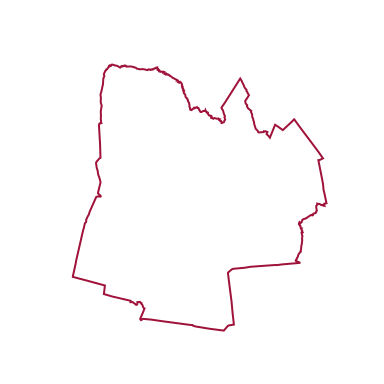 Beidaud, Tulcea, Romania, rotated 347°
{"feature_id": "2599482B84970171586181", "entity_name": "Beidaud", "entity_type": "district", "adm_level": 2, "iso_a3": "ROU", "parent_name": "Romania", "parent_adm1": "Tulcea", "projection": "mercator", "projection_center": [28.531, 44.703], "detail": "fine", "context": "isolated", "style": "outline", "palette": "rose", "viewbox_px": 384, "rotation_deg": 347, "n_neighbors": 0, "source": "geoboundaries", "source_scale": "gbopen_adm2", "svg_char_len": 5947}
<svg xmlns="http://www.w3.org/2000/svg" viewBox="0 0 384 384"><g transform="rotate(347 192 192)"><path d="M263.5,282.8L281.6,285.4L277.6,282.4L277.6,282.1L278.5,281.1L279.0,280.8L279.4,280.0L279.9,279.6L280.7,278.7L281.0,277.9L282.2,276.2L283.2,275.6L283.5,275.0L284.6,274.6L284.8,273.4L285.2,272.8L286.5,268.8L287.4,267.2L287.9,265.4L288.6,263.7L288.7,262.1L289.6,260.0L289.7,259.4L289.5,258.8L289.6,257.8L289.6,256.3L290.4,256.3L290.3,255.8L290.6,255.8L290.3,255.2L290.6,254.7L290.7,254.2L290.3,253.6L290.1,252.7L290.6,252.2L290.0,252.0L289.8,251.3L289.8,250.8L290.0,250.4L289.7,249.4L289.9,249.3L289.9,249.1L289.6,248.5L289.0,247.8L289.1,246.8L289.6,245.9L290.0,245.6L290.2,246.4L290.6,246.8L292.2,245.9L292.3,245.4L292.9,244.8L293.1,244.1L293.9,243.7L294.6,243.6L295.2,243.4L296.1,243.5L296.9,243.2L297.7,243.3L298.4,242.8L302.9,241.1L303.5,241.2L303.8,241.8L304.3,241.9L304.7,241.7L305.0,240.9L305.4,240.4L307.7,240.3L308.3,239.4L308.5,239.4L308.6,238.9L309.5,238.2L309.5,235.6L309.8,233.7L311.1,232.6L311.4,231.5L312.4,232.2L313.2,232.1L314.2,232.9L314.7,233.6L315.6,233.8L316.0,234.3L316.8,234.0L316.9,234.6L317.2,235.0L317.6,234.8L318.0,235.1L318.0,234.6L318.4,233.2L320.5,233.2L320.7,224.1L320.7,220.4L320.6,220.1L321.5,213.2L322.3,189.4L323.7,189.5L327.2,188.7L323.8,180.3L312.3,154.4L308.3,145.1L308.1,144.2L307.9,144.1L304.9,146.1L294.4,152.1L289.9,147.0L288.1,145.2L280.1,156.6L279.2,154.6L277.7,152.4L279.0,150.6L277.3,149.3L276.8,149.5L275.7,149.0L275.3,149.7L270.4,149.0L270.0,148.6L269.8,147.2L269.0,145.8L268.3,144.8L267.9,139.4L268.2,137.8L267.9,136.1L268.1,134.3L267.6,133.0L268.0,129.4L267.4,127.2L268.0,126.3L265.5,123.2L264.8,120.7L265.3,119.8L264.5,118.4L264.2,117.5L264.3,115.3L267.1,112.7L269.3,110.4L268.4,107.8L268.3,106.7L267.8,105.9L268.1,104.7L266.8,102.2L266.2,98.5L265.8,97.1L265.3,94.6L264.5,92.3L244.2,112.3L239.7,116.4L240.0,118.1L240.5,119.3L240.6,120.2L240.6,122.2L241.1,125.7L240.4,126.6L240.7,128.6L240.6,128.9L239.6,129.8L239.2,130.7L239.0,131.0L236.8,131.5L236.3,131.4L236.4,130.6L236.6,130.3L236.5,130.0L236.1,129.7L236.3,129.6L236.1,129.0L235.4,128.7L235.3,128.1L234.5,127.8L234.5,127.6L234.9,127.3L234.5,127.2L234.6,126.7L234.3,126.3L232.9,126.3L230.6,125.0L229.2,125.4L228.9,124.8L228.2,124.0L227.9,124.0L227.9,124.4L227.4,124.1L227.8,123.6L227.6,123.3L228.1,123.1L228.0,122.3L226.5,121.3L226.0,121.4L225.7,121.1L225.1,119.2L225.4,118.2L224.9,117.8L224.5,118.1L224.2,118.0L224.0,117.4L224.1,117.0L223.8,116.5L223.5,115.2L223.1,115.9L222.8,116.0L221.1,115.6L219.2,116.2L218.3,115.9L217.9,115.1L217.9,114.4L217.5,113.8L217.6,113.5L217.1,111.6L216.2,111.3L216.0,111.1L215.9,110.5L215.2,110.8L213.9,110.4L213.7,110.5L213.0,110.4L212.9,110.6L213.0,111.0L211.9,111.0L211.4,111.4L210.4,111.6L210.0,112.1L209.0,111.6L208.7,110.5L209.0,109.9L209.0,109.3L208.7,108.6L208.7,107.8L209.0,107.4L209.1,106.8L209.1,104.0L208.6,103.1L208.6,101.1L208.2,100.3L208.4,99.8L207.8,99.1L207.1,97.8L207.3,96.5L207.1,95.1L206.8,94.8L206.8,94.4L206.3,93.9L206.4,92.8L206.8,92.4L206.4,91.7L206.2,91.0L206.9,90.8L206.5,90.2L206.6,89.1L205.9,88.3L206.0,87.9L206.5,87.5L206.1,86.9L206.4,86.6L206.2,86.3L206.1,85.8L206.5,84.8L206.3,84.4L206.2,83.5L205.7,82.7L205.2,82.7L205.1,82.2L204.6,82.4L204.7,82.0L203.5,81.8L203.9,81.4L203.4,80.3L203.0,79.9L202.3,80.0L202.5,79.5L202.1,79.3L201.6,78.5L200.9,78.2L199.9,77.1L198.8,76.4L197.8,74.9L196.4,73.7L196.4,73.3L195.8,72.9L195.7,72.5L195.1,72.3L194.8,71.8L194.2,72.0L193.8,71.8L193.4,71.8L193.4,71.2L192.9,71.5L192.0,70.9L192.3,70.6L192.2,70.2L191.6,69.7L191.6,69.4L192.0,69.6L192.3,69.3L192.3,69.0L191.2,68.6L190.9,68.2L190.7,68.3L190.7,68.7L190.4,68.9L190.3,68.4L189.3,67.8L188.2,67.8L187.8,67.5L187.8,67.0L187.1,66.9L187.4,65.9L187.2,65.8L187.0,65.3L186.4,65.7L186.2,65.5L186.7,65.2L186.3,64.9L186.1,64.5L186.3,64.1L185.3,63.6L185.7,63.4L186.0,62.8L184.8,62.8L184.4,63.1L182.8,63.2L182.3,63.6L181.8,63.5L181.7,63.7L181.3,63.5L180.7,63.6L180.5,63.8L179.9,63.4L179.6,63.7L179.1,63.8L178.2,63.1L177.2,62.7L176.3,63.2L175.9,63.2L172.2,61.3L168.3,60.6L167.9,60.2L166.0,59.4L165.2,58.3L164.7,58.1L163.9,57.4L163.1,57.3L162.6,56.7L161.6,56.4L160.7,55.9L159.0,55.6L158.0,55.3L156.7,55.2L156.0,54.8L156.0,54.3L155.4,54.2L155.1,53.6L153.8,54.0L153.5,53.6L152.7,53.8L152.1,53.5L151.8,54.0L151.2,53.7L150.1,54.6L149.8,54.5L147.9,52.6L146.2,51.6L145.1,51.3L144.4,50.6L142.7,49.8L141.9,50.1L141.7,50.7L141.0,51.0L140.7,50.9L140.7,50.4L140.5,50.1L139.6,50.3L139.2,51.4L138.9,51.6L138.3,51.8L138.0,52.3L136.7,53.3L136.0,53.3L135.6,54.1L134.8,54.4L134.3,55.2L133.7,55.8L132.9,57.0L132.5,57.6L132.7,58.5L132.6,59.5L131.7,60.5L131.0,61.9L129.4,67.2L128.9,68.3L128.7,68.5L126.6,73.1L124.7,76.6L124.5,79.4L123.4,83.3L123.2,84.7L123.4,86.8L123.3,88.1L122.6,89.4L121.9,91.4L121.4,92.4L121.0,94.1L120.3,97.9L119.7,99.5L119.2,103.1L119.2,104.5L117.3,104.4L117.0,104.7L116.8,105.5L116.4,105.8L113.0,125.7L110.5,138.1L109.4,138.4L106.1,140.8L105.3,141.6L105.0,142.2L104.6,147.0L104.9,150.4L104.6,152.0L104.6,155.0L104.9,156.2L105.1,161.0L104.9,162.4L100.6,170.8L100.1,172.2L101.3,174.1L102.1,175.0L102.1,175.7L101.9,175.9L99.4,175.2L97.9,175.2L97.5,175.4L88.3,187.6L87.2,189.2L86.8,190.3L84.4,192.9L82.5,195.5L82.4,196.8L82.0,197.5L80.6,198.4L80.4,198.8L78.6,202.6L77.3,204.8L63.5,233.2L62.7,235.3L57.1,247.0L56.8,247.9L86.1,263.5L83.2,271.6L90.6,275.8L107.7,284.2L107.3,285.5L109.4,285.9L110.2,287.0L111.1,287.8L112.0,289.3L112.5,289.5L112.8,289.5L113.5,288.9L114.0,287.0L116.6,287.4L117.0,288.6L117.8,288.9L117.6,289.7L117.7,290.1L118.2,290.7L118.6,293.6L119.0,294.5L119.5,294.8L117.7,297.5L113.0,303.9L113.0,304.5L113.5,305.4L114.4,305.2L115.1,304.6L115.8,304.6L123.7,307.2L135.0,311.6L159.5,320.8L162.8,321.9L163.1,322.7L165.4,323.9L178.1,329.1L191.8,334.2L196.9,330.5L197.4,330.3L203.0,330.6L204.2,320.0L205.9,307.5L207.7,289.5L208.8,279.0L209.1,278.5L213.5,276.3L214.8,276.1L226.6,277.7L232.1,278.0L249.4,280.7L256.9,281.9L258.1,282.3L263.5,282.8Z" fill="none" stroke="#9f1239" stroke-width="2"/></g></svg>